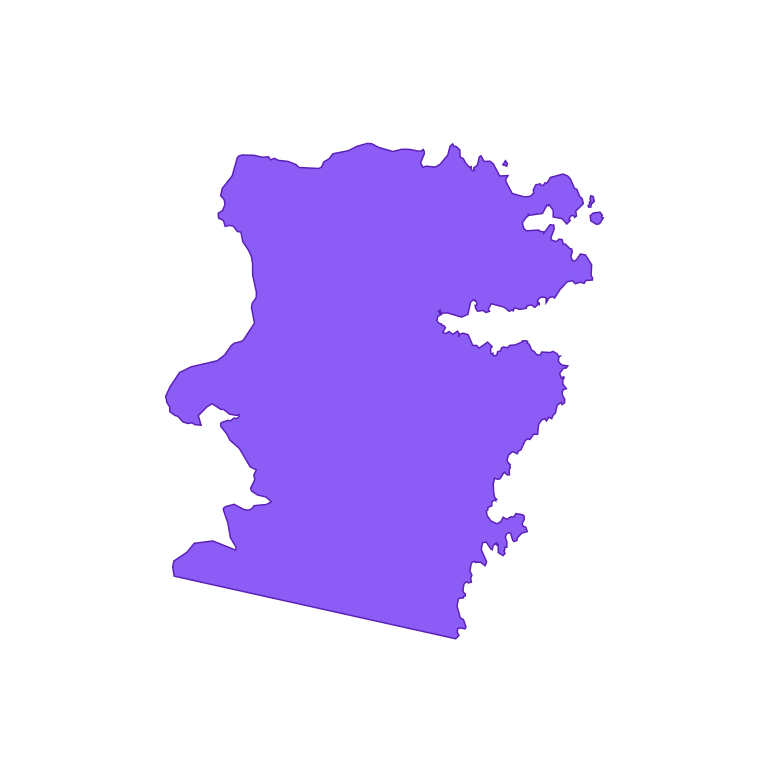 outline of Rorya, Mara, United Republic of Tanzania, rotated 160°
{"feature_id": "72390352B17164070988815", "entity_name": "Rorya", "entity_type": "district", "adm_level": 2, "iso_a3": "TZA", "parent_name": "United Republic of Tanzania", "parent_adm1": "Mara", "projection": "robinson", "projection_center": [33.963, -1.299], "detail": "fine", "context": "isolated", "style": "filled", "palette": "violet", "viewbox_px": 768, "rotation_deg": 160, "n_neighbors": 0, "source": "geoboundaries", "source_scale": "gbopen_adm2", "svg_char_len": 6162}
<svg xmlns="http://www.w3.org/2000/svg" viewBox="0 0 768 768"><g transform="rotate(160 384 384)"><path d="M466.5,575.7L468.0,566.0L465.5,555.7L465.0,549.1L466.4,541.9L470.1,531.5L472.6,513.4L474.8,508.6L480.0,505.2L482.3,501.5L484.9,485.5L500.8,473.6L503.1,472.8L510.9,473.5L514.5,472.3L523.9,465.7L532.9,462.9L559.5,466.1L572.2,464.7L586.1,454.5L593.4,447.0L594.3,440.8L593.2,435.7L594.8,431.3L591.1,425.9L588.6,424.0L586.0,417.2L581.9,414.0L577.5,413.1L575.7,410.6L570.0,407.8L569.3,417.8L558.1,423.1L552.2,424.2L546.3,416.3L543.2,414.7L539.6,408.6L533.1,404.8L530.8,404.9L531.3,403.1L533.8,401.8L536.5,403.3L540.9,401.9L543.0,403.2L549.2,403.4L550.9,402.9L551.8,399.8L548.8,390.8L548.0,383.9L542.0,373.0L538.1,351.9L533.3,346.9L537.3,343.2L538.2,338.2L545.0,331.7L545.1,328.7L540.8,323.0L533.6,318.2L530.1,311.9L535.8,311.0L547.7,314.1L551.1,311.9L555.0,311.9L558.8,314.2L566.0,322.2L574.9,323.0L577.3,322.1L578.0,320.4L578.3,306.5L580.9,292.2L578.8,280.9L580.3,278.7L598.4,295.0L616.7,299.2L626.7,293.3L642.0,289.5L645.1,284.5L646.9,275.2L403.8,120.1L399.6,122.0L400.1,125.5L398.5,128.9L395.4,128.6L391.7,126.2L390.1,127.5L389.9,135.3L392.3,138.3L391.3,150.5L387.3,157.0L382.5,155.9L382.2,157.0L380.1,157.1L379.5,158.9L380.5,160.7L380.4,163.0L377.4,168.5L374.5,170.1L372.7,168.2L369.6,167.9L369.1,171.6L366.8,174.4L367.2,178.7L364.1,184.5L362.2,186.5L359.4,186.3L359.3,185.1L354.1,183.5L351.2,178.6L348.4,181.8L349.3,195.3L345.6,201.2L342.0,200.4L340.0,192.4L338.9,191.2L337.1,194.3L334.2,196.0L332.5,193.2L332.0,194.2L333.5,196.0L332.4,196.1L331.8,193.8L334.3,186.4L330.7,182.0L328.2,183.5L328.4,186.2L327.2,186.8L326.4,189.3L324.4,188.6L322.4,194.0L322.5,198.3L320.4,201.0L318.0,201.6L316.1,200.5L316.5,193.1L315.6,191.5L312.6,191.5L311.0,194.1L305.5,196.7L299.8,196.3L299.7,200.9L301.8,202.6L302.0,205.6L298.5,208.7L297.5,212.3L298.7,213.9L304.3,217.1L307.5,214.7L310.4,215.9L314.8,214.7L317.6,218.1L321.2,214.7L325.8,214.1L330.5,218.9L332.1,225.0L331.4,229.4L329.4,230.2L328.7,232.4L324.3,232.7L322.8,236.6L319.3,237.0L318.9,236.2L318.6,237.4L317.7,237.2L318.8,239.8L317.8,245.4L315.6,252.4L312.3,257.7L309.7,255.4L307.4,255.3L301.2,260.1L299.3,256.5L297.2,255.7L295.8,260.5L293.8,262.3L293.8,264.4L292.9,265.1L294.2,267.4L294.3,270.5L291.5,274.5L286.4,276.6L282.6,272.9L280.6,275.1L277.9,275.3L270.6,282.6L267.6,283.2L265.9,281.9L260.7,285.6L256.9,284.2L252.5,293.2L248.2,296.3L244.7,296.3L243.9,293.7L240.6,296.4L238.2,294.1L235.9,296.8L233.0,297.9L228.5,304.9L223.8,306.1L223.7,303.7L220.7,304.7L219.4,308.0L220.1,311.8L219.5,315.2L217.6,317.4L214.2,317.2L216.0,322.6L214.6,326.6L212.5,328.3L212.8,329.4L215.2,328.9L215.4,333.8L210.0,337.4L207.3,336.7L205.1,338.1L209.9,340.7L211.4,342.7L212.3,345.9L210.6,349.3L209.0,349.9L210.5,350.3L211.2,353.4L214.0,356.8L217.2,356.8L224.9,360.1L227.4,357.7L230.5,359.4L231.8,363.3L233.7,365.3L234.0,371.8L235.4,373.0L234.4,374.8L235.9,376.2L239.4,377.2L239.7,376.2L247.6,375.9L252.6,377.3L255.6,375.9L259.3,378.0L261.2,377.7L263.3,375.2L266.1,375.5L268.1,372.6L270.4,372.6L271.5,373.8L271.2,375.6L272.4,375.0L273.0,375.9L272.0,380.5L269.6,382.2L272.4,387.9L282.5,385.1L283.6,388.4L287.4,389.9L288.1,401.6L292.5,404.8L296.2,404.8L296.7,403.9L298.2,403.0L296.1,405.3L296.8,408.5L302.4,407.2L304.9,411.1L308.7,410.3L311.2,412.2L307.0,415.9L307.9,418.6L309.5,419.2L309.5,420.8L311.6,422.3L312.6,425.2L310.6,429.0L306.9,429.8L308.2,434.7L307.0,433.0L306.1,434.0L306.3,429.8L304.8,430.6L300.1,429.1L288.1,420.3L281.3,420.8L274.8,431.1L271.5,432.6L269.7,430.5L270.2,432.4L269.2,430.3L269.1,427.8L270.0,426.2L271.4,426.8L272.0,424.0L271.2,420.4L265.7,419.2L263.8,416.3L259.9,416.2L260.4,418.6L255.8,422.8L244.8,415.1L241.5,409.5L238.6,409.7L237.5,408.5L236.3,410.2L234.6,410.5L231.0,407.7L224.5,406.5L222.8,408.4L218.6,408.1L216.2,404.5L212.6,405.8L212.0,407.3L210.9,405.6L210.4,406.8L211.7,409.2L209.1,411.5L206.4,411.8L202.8,410.2L202.4,408.8L203.9,404.9L201.3,406.8L201.3,407.9L197.9,408.6L195.8,408.3L194.3,406.4L186.1,412.7L177.0,417.3L171.6,416.7L170.0,412.8L164.6,412.5L161.5,410.1L158.9,412.3L152.6,410.4L151.7,412.6L152.4,414.9L148.1,424.9L150.5,436.3L155.0,439.0L160.2,435.2L163.2,434.3L164.7,435.6L164.8,440.0L161.8,443.9L161.5,446.7L163.1,447.8L165.8,453.5L167.7,454.4L167.2,458.7L169.6,460.2L173.7,459.0L177.3,462.0L177.1,464.4L171.3,471.1L170.1,475.2L173.5,476.9L182.0,471.2L181.6,472.2L184.9,473.9L186.0,475.8L197.6,479.2L199.4,482.1L199.1,486.7L198.7,488.2L194.0,491.6L190.8,492.8L190.4,494.8L190.1,492.9L176.7,490.1L169.6,496.5L168.6,495.2L167.5,496.1L165.6,489.3L167.9,483.1L160.0,478.4L157.5,471.8L153.0,474.1L154.2,475.4L150.4,478.4L148.0,477.1L147.9,475.3L145.7,476.0L144.7,480.9L135.0,485.3L134.4,490.4L135.9,493.1L136.2,501.0L138.1,502.8L138.7,512.8L140.3,516.7L144.1,520.1L156.9,521.2L162.3,517.0L163.8,518.0L166.5,516.1L168.2,516.9L168.8,518.7L173.3,519.2L177.3,515.4L177.9,512.5L181.8,510.3L187.8,511.6L198.3,519.1L200.2,532.1L199.7,534.6L196.2,537.4L204.1,539.9L206.0,553.4L208.2,557.1L213.8,558.9L214.8,565.2L216.6,564.9L221.5,557.7L226.0,556.3L226.1,553.7L228.0,554.2L228.6,556.3L227.7,558.4L229.4,558.3L231.5,562.9L232.4,568.7L234.8,571.2L232.7,578.1L234.7,582.2L236.9,583.6L237.4,586.1L240.6,584.8L245.8,577.3L255.9,571.4L261.5,570.3L270.0,574.3L273.4,574.3L274.0,579.4L267.3,586.6L266.6,589.3L267.2,591.1L268.7,590.1L271.9,591.0L280.1,595.9L287.0,598.5L296.1,599.4L308.0,608.1L313.4,614.0L317.5,615.8L328.0,616.6L337.5,615.4L353.2,617.8L358.6,614.4L364.6,613.3L368.5,609.2L371.5,608.8L389.8,616.5L391.7,620.4L398.1,626.0L406.8,630.3L409.9,633.6L414.1,633.4L414.8,637.1L420.6,638.6L427.8,643.3L438.6,647.6L442.5,647.9L444.4,646.9L455.5,631.5L469.1,623.1L473.1,616.8L471.1,611.9L472.1,606.9L476.3,602.3L481.5,601.1L482.7,596.3L479.0,592.7L479.3,586.4L474.6,585.8L471.5,583.6L469.7,577.5L466.5,575.7ZM129.7,461.3L126.6,460.9L121.1,465.1L122.5,466.4L121.1,468.0L122.3,471.6L128.6,473.1L132.6,471.7L133.9,466.6L129.7,461.3ZM131.3,480.3L129.2,479.5L127.7,482.0L123.9,483.7L123.3,488.6L125.3,490.2L127.0,487.6L127.2,485.1L128.9,484.7L128.4,483.3L131.2,481.7L131.3,480.3ZM197.3,549.3L194.1,546.8L192.7,549.0L193.5,552.3L197.3,549.3Z" fill="#8b5cf6" stroke="#5b21b6" stroke-width="1.5"/></g></svg>